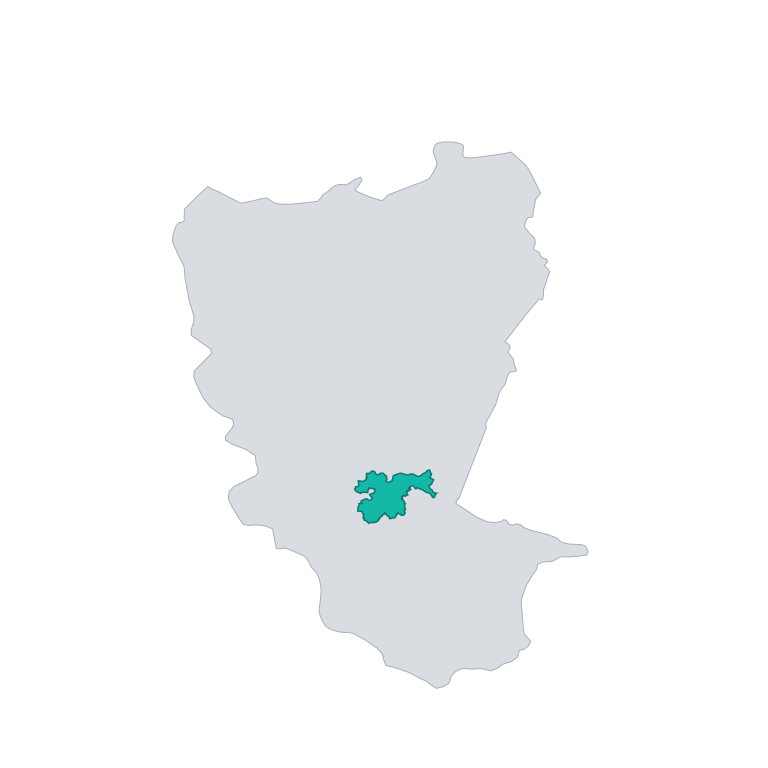 Bale, Balé, Burkina Faso shown in context, rotated 292°
{"feature_id": "67063806B68807156447803", "entity_name": "Bale", "entity_type": "district", "adm_level": 2, "iso_a3": "BFA", "parent_name": "Burkina Faso", "parent_adm1": "Balé", "projection": "equal_earth", "projection_center": [-3.151, 11.673], "detail": "fine", "context": "in_parent", "style": "filled", "palette": "teal", "viewbox_px": 768, "rotation_deg": 292, "n_neighbors": 0, "source": "geoboundaries", "source_scale": "gbopen_adm2", "svg_char_len": 8945}
<svg xmlns="http://www.w3.org/2000/svg" viewBox="0 0 768 768"><g transform="rotate(292 384 384)"><path d="M548.3,495.6L531.2,496.6L524.9,499.0L521.2,499.1L521.1,497.0L520.6,495.8L499.0,488.8L483.9,484.7L468.5,480.1L467.7,484.4L465.5,487.2L462.1,487.4L459.8,486.7L458.3,490.0L455.8,494.4L452.2,496.5L448.8,499.2L446.8,501.5L445.4,501.6L441.9,496.0L437.2,495.5L428.5,496.4L424.6,494.9L419.2,494.1L406.6,495.3L386.4,493.0L383.1,494.2L382.2,495.3L362.2,495.5L340.2,495.8L321.8,496.1L305.7,496.3L305.6,495.3L300.5,495.2L299.9,497.1L295.3,519.4L294.8,531.5L297.3,539.1L300.0,543.8L303.1,545.8L303.4,548.6L300.9,552.0L301.1,555.6L304.0,559.3L304.7,563.2L303.2,567.3L303.6,577.1L305.8,592.6L305.8,602.7L303.8,607.3L304.8,615.2L308.7,626.3L309.4,631.0L308.0,633.2L304.7,636.1L301.4,636.0L297.5,629.3L295.8,626.2L292.6,619.4L290.0,612.5L286.4,609.5L282.8,606.7L278.5,598.0L274.3,593.9L269.9,595.1L263.5,593.5L250.5,591.3L236.6,592.0L230.8,593.9L225.1,597.1L210.6,604.1L204.8,607.5L200.5,616.3L195.6,616.1L190.7,613.3L187.6,609.3L181.0,610.2L174.6,606.3L168.4,598.8L163.9,596.3L158.1,590.8L156.5,580.4L152.9,573.0L149.5,562.9L144.5,558.3L138.7,555.9L130.8,556.4L125.5,552.3L121.4,546.4L122.5,541.3L124.4,533.9L124.6,526.9L125.9,515.5L125.2,501.2L123.7,491.3L128.2,487.1L133.3,483.4L136.4,476.6L139.8,461.5L141.2,448.3L140.2,443.5L138.5,439.6L137.2,434.0L136.4,427.1L137.4,421.1L141.2,415.5L146.1,410.9L149.5,408.6L158.6,406.3L169.9,402.8L176.5,398.9L181.3,395.0L183.9,391.9L186.7,385.5L191.1,380.6L194.5,375.6L195.0,361.7L194.9,353.8L192.4,349.5L191.1,345.8L207.9,334.9L208.0,327.3L205.7,318.7L202.4,311.9L201.2,306.0L205.8,299.0L210.0,293.7L213.0,289.3L219.6,282.5L226.5,280.7L232.7,283.3L251.0,299.3L254.2,300.3L258.0,299.1L262.9,294.9L269.2,291.6L271.5,280.9L271.3,265.2L272.7,258.0L276.0,256.7L286.6,259.7L289.3,259.8L292.4,258.8L294.6,256.1L294.5,251.0L294.0,246.5L297.4,232.0L303.7,221.0L316.4,207.4L320.3,204.6L324.9,203.2L347.7,212.6L351.4,210.3L356.9,187.0L363.0,184.8L370.4,184.4L375.2,182.4L377.7,180.8L388.5,172.0L407.5,160.0L417.7,154.8L419.7,152.9L427.0,144.4L436.7,134.6L442.9,132.6L451.5,131.9L456.9,133.5L458.4,136.3L460.1,137.7L471.3,133.5L487.4,140.2L501.2,146.7L500.4,150.8L500.3,158.1L499.2,169.6L497.9,183.4L503.7,192.4L510.6,202.0L512.5,205.7L510.7,215.2L512.0,220.8L515.7,230.1L521.9,241.8L528.3,253.9L532.7,255.6L536.9,256.5L539.4,258.7L543.2,260.8L546.8,262.2L550.1,264.8L552.1,267.4L554.8,274.9L562.0,279.8L567.0,284.7L565.0,287.2L558.8,286.2L553.0,284.1L552.2,287.7L552.0,301.4L553.1,312.8L554.4,314.3L560.3,316.5L574.4,331.3L587.2,345.4L591.5,349.0L598.6,350.4L606.4,351.0L609.8,349.7L617.4,342.6L621.4,341.8L625.2,342.0L627.2,343.2L630.9,348.9L634.4,357.7L635.4,364.1L635.1,367.6L634.0,368.9L627.7,370.6L625.0,371.9L624.4,373.8L625.4,378.1L626.6,380.9L633.5,393.5L643.5,410.5L646.6,414.9L644.9,420.0L640.0,433.3L636.3,438.8L619.8,457.6L611.6,455.4L594.5,459.2L591.9,454.9L588.0,454.3L583.0,455.1L581.2,456.7L580.7,458.6L578.9,461.2L575.8,468.6L573.4,470.6L570.3,471.7L566.6,471.6L564.5,472.5L564.5,476.2L563.8,479.5L561.3,481.1L560.2,484.7L560.5,488.2L559.0,489.8L555.8,489.0L553.9,488.0L552.1,492.6L549.9,495.7L548.3,495.6Z" fill="#d9dde1" stroke="#a8b0b8" stroke-width="1"/><path d="M294.5,401.4L294.0,401.9L293.9,401.8L294.0,401.7L293.9,401.6L293.7,401.7L292.7,401.9L292.1,402.4L291.7,402.3L291.4,402.5L291.1,402.4L291.0,402.9L290.9,403.1L290.5,403.5L289.8,403.3L289.5,403.0L289.1,403.0L289.1,402.9L288.2,402.9L287.2,402.3L286.6,401.7L286.1,401.5L285.9,401.3L285.4,400.5L285.2,398.3L285.1,397.6L284.5,396.5L282.1,397.8L280.7,398.7L279.5,398.3L279.1,398.1L278.6,397.4L278.2,396.4L278.0,396.2L277.5,396.4L275.3,396.2L275.1,396.4L274.8,396.8L273.9,399.0L273.8,400.6L273.9,401.2L273.8,402.3L273.9,403.3L274.2,403.7L274.5,403.6L274.8,403.6L275.1,404.2L275.9,405.0L276.2,405.5L276.3,405.7L276.1,405.7L276.1,405.9L276.9,408.4L277.2,409.1L277.4,409.0L277.5,409.2L277.8,409.5L278.1,409.3L279.0,409.1L279.6,408.7L279.8,408.8L280.1,409.1L280.4,409.0L280.7,409.3L281.5,409.2L281.8,409.0L282.1,409.3L282.0,409.8L282.1,410.2L282.9,412.2L283.0,412.6L282.8,413.0L282.7,413.8L283.1,414.9L282.5,415.0L281.1,415.6L279.8,415.9L276.2,412.1L274.7,414.0L274.8,414.8L274.4,416.1L271.5,415.3L271.3,414.9L271.0,414.6L270.5,413.7L271.0,411.7L271.1,411.1L270.9,410.6L270.8,410.2L269.2,408.7L268.1,407.6L267.5,407.1L267.4,406.8L266.8,406.6L265.8,406.9L265.6,407.2L265.3,408.1L265.0,408.5L263.7,406.2L263.6,405.7L263.3,406.0L262.4,406.3L260.0,406.1L256.4,407.2L257.2,409.8L257.4,410.9L257.8,411.4L257.3,412.0L257.0,412.0L256.2,412.3L255.9,413.0L255.7,413.3L255.6,414.0L255.4,414.1L255.3,414.5L254.9,414.4L254.5,414.1L254.0,414.4L253.6,414.4L253.1,414.9L252.5,414.6L252.0,414.9L252.1,415.0L251.8,415.5L251.7,415.9L251.4,416.0L251.1,416.0L250.7,416.2L250.3,416.7L250.5,417.6L250.4,418.0L250.6,418.5L250.5,418.9L250.4,419.0L250.3,419.5L250.2,419.5L250.0,419.8L249.8,420.7L249.4,421.2L249.2,422.4L249.6,422.6L249.7,422.8L250.1,422.8L250.4,423.1L250.4,423.5L250.9,424.1L251.0,424.6L251.2,424.8L251.3,425.0L251.7,425.6L251.8,426.0L251.5,426.0L251.9,426.9L252.9,427.8L253.0,428.2L253.4,428.1L253.6,428.4L253.6,428.7L254.2,429.3L254.7,429.5L254.9,429.2L255.1,429.2L255.2,429.3L255.1,429.5L255.7,429.5L256.0,429.7L256.4,429.7L256.5,429.8L256.3,430.1L256.7,430.3L257.0,430.3L257.2,430.1L257.7,429.8L258.5,430.3L259.4,430.6L259.5,430.7L259.3,430.8L259.6,431.1L259.8,430.8L260.1,431.2L260.7,431.3L261.3,431.8L261.5,431.7L261.6,431.9L261.8,431.8L262.1,431.5L262.5,431.7L263.3,432.9L264.1,433.0L264.5,432.6L265.0,432.9L264.9,433.3L264.7,433.6L264.3,434.4L263.8,434.8L263.7,435.2L263.3,435.7L263.0,436.5L263.1,437.0L262.9,438.0L262.5,438.5L262.1,439.3L261.6,439.3L261.3,439.5L262.1,441.3L262.4,441.5L263.3,442.5L263.7,442.8L263.8,443.1L263.7,443.9L265.1,444.6L266.7,444.7L267.4,444.5L267.7,444.9L268.3,445.1L268.6,444.8L269.6,444.8L269.4,446.3L269.3,446.7L269.2,447.6L269.5,448.3L269.3,448.7L268.7,449.1L268.8,449.6L269.2,450.4L269.9,450.8L270.2,451.6L270.6,451.7L271.7,451.7L272.2,451.9L272.4,451.6L272.6,451.6L272.8,451.4L273.2,450.9L274.2,450.0L274.6,450.1L275.0,450.4L275.1,450.6L275.2,450.4L276.0,450.7L276.4,450.6L276.5,450.4L277.2,449.6L277.7,449.4L278.2,448.9L278.7,448.7L279.1,448.8L279.2,448.6L279.4,448.6L279.6,448.4L280.1,448.1L280.6,448.1L280.8,448.3L280.8,448.1L281.0,447.8L281.2,447.5L281.8,447.4L282.0,447.4L282.0,447.1L282.7,446.8L282.8,446.3L283.2,446.1L283.2,445.5L283.6,444.9L283.5,444.6L283.9,444.8L284.3,444.6L284.5,444.0L284.2,443.4L284.8,443.1L285.3,443.2L285.7,442.7L285.8,442.7L286.2,443.6L286.4,443.6L286.7,443.1L286.9,443.2L287.2,443.2L287.3,443.6L287.5,444.1L288.2,444.0L288.3,444.1L288.2,444.5L287.9,444.8L288.0,446.0L288.3,446.1L288.9,446.1L289.5,446.4L289.6,446.8L290.0,447.2L290.0,447.5L290.2,447.4L290.1,447.0L290.5,446.8L290.7,446.3L291.1,446.3L291.7,445.6L292.1,445.6L293.1,446.2L293.1,445.7L292.9,445.2L293.0,445.0L293.5,445.1L294.2,445.9L294.6,446.6L294.6,447.0L294.9,447.1L295.3,447.7L295.5,447.6L295.7,447.9L296.2,447.7L296.5,448.0L296.6,447.6L296.7,447.2L296.2,446.4L296.2,446.2L296.5,445.9L296.9,446.0L297.3,446.3L297.5,446.8L297.9,447.0L298.3,446.9L298.7,446.5L298.9,446.6L299.0,446.9L299.3,446.9L299.9,447.6L300.4,448.8L299.9,450.6L299.6,451.2L298.8,452.0L298.7,452.3L298.7,452.7L298.8,453.0L299.8,453.1L300.1,453.5L300.3,453.9L300.1,455.9L300.4,457.5L300.4,458.5L300.0,460.5L300.0,461.1L299.5,463.4L299.5,464.2L299.8,466.2L299.8,467.5L299.5,468.1L298.8,469.0L298.3,470.2L297.2,471.4L297.1,472.4L297.2,472.7L297.5,472.9L298.2,473.2L298.8,473.1L299.3,473.2L300.2,473.2L301.4,473.2L302.1,473.6L302.0,473.4L302.0,472.9L302.2,472.2L301.9,470.9L302.3,469.7L303.0,469.1L303.6,468.3L304.2,466.3L304.5,465.7L305.3,464.8L306.4,463.8L307.8,464.9L308.0,464.9L308.8,465.4L309.0,465.7L309.8,465.5L312.0,465.8L313.0,465.7L313.7,466.0L313.8,465.7L314.0,464.8L314.1,462.8L314.4,461.5L315.0,461.7L316.6,461.6L317.4,461.9L317.9,461.4L318.3,461.7L318.5,461.7L318.6,461.2L318.7,460.8L319.5,460.3L319.9,459.8L320.6,459.3L321.3,458.4L321.2,458.1L320.5,457.1L320.2,456.9L319.5,456.2L318.4,456.1L317.8,455.9L317.0,455.4L315.6,453.8L313.6,452.9L312.3,451.9L311.0,450.3L310.8,449.4L311.1,448.0L311.3,445.5L311.3,444.8L311.0,443.4L310.7,442.6L310.0,441.7L308.8,440.9L308.5,440.6L307.8,434.7L307.7,433.2L307.1,432.2L305.3,429.8L305.0,429.7L304.5,429.0L304.0,428.6L303.7,428.1L302.6,427.1L302.1,427.0L301.4,427.2L300.6,427.3L300.0,427.3L299.7,427.5L298.8,427.7L298.3,427.6L297.7,427.9L297.4,427.8L296.6,427.1L294.6,425.1L294.5,424.8L294.3,423.5L294.3,422.4L294.7,422.2L295.5,422.2L296.4,422.4L297.0,422.3L298.2,421.4L299.2,421.0L299.8,420.1L299.9,418.8L300.9,416.8L300.8,415.8L300.4,414.9L299.8,414.2L299.1,413.7L298.7,413.1L297.8,412.9L297.4,412.3L297.2,411.7L297.1,411.2L297.3,410.7L298.2,409.4L299.0,408.4L299.2,408.1L299.3,407.0L298.8,405.8L298.8,405.6L298.2,405.0L297.5,404.8L297.2,404.6L296.9,404.6L296.5,404.5L296.1,404.0L295.5,403.6L295.3,403.2L295.2,402.5L294.9,401.8L294.5,401.4Z" fill="#14b8a6" stroke="#0f766e" stroke-width="1.5"/></g></svg>